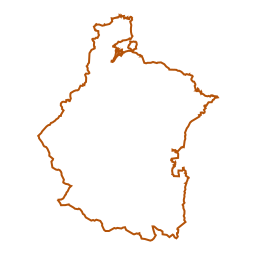 the district of Langkat, Sumatera Utara, Indonesia
{"feature_id": "22746128B45262154134474", "entity_name": "Langkat", "entity_type": "district", "adm_level": 2, "iso_a3": "IDN", "parent_name": "Indonesia", "parent_adm1": "Sumatera Utara", "projection": "mercator", "projection_center": [98.309, 3.76], "detail": "fine", "context": "isolated", "style": "outline", "palette": "amber", "viewbox_px": 256, "rotation_deg": 0, "n_neighbors": 0, "source": "geoboundaries", "source_scale": "gbopen_adm2", "svg_char_len": 5716}
<svg xmlns="http://www.w3.org/2000/svg" viewBox="0 0 256 256"><path d="M62.2,102.0L60.9,103.4L60.8,105.5L62.1,107.2L62.1,109.1L63.6,110.4L61.0,114.7L60.9,115.9L59.4,116.0L58.2,118.1L55.9,119.6L55.3,120.5L52.6,122.4L50.9,123.0L49.8,124.9L48.4,125.1L46.5,126.5L42.1,131.4L41.3,132.9L38.2,135.9L39.0,137.1L39.1,138.4L42.2,142.5L43.6,145.6L44.3,146.4L46.2,147.1L47.4,148.7L49.4,153.1L49.3,155.8L53.1,158.9L52.8,159.9L51.4,161.6L52.4,167.4L55.8,169.5L57.4,169.9L58.5,169.6L59.9,170.3L61.0,171.8L61.5,173.1L61.6,175.1L63.9,179.7L63.2,182.2L63.4,182.6L65.5,183.8L68.5,184.4L69.6,185.4L71.2,186.0L69.3,187.8L67.6,191.4L66.5,192.5L65.9,194.5L65.5,194.6L63.3,198.4L61.3,199.5L58.5,199.7L58.5,200.4L58.2,200.5L60.2,203.2L61.0,205.2L65.3,205.1L68.8,204.4L69.0,204.9L73.6,207.6L74.9,208.7L78.0,209.2L78.8,208.6L80.1,209.3L81.9,211.5L82.9,213.9L84.3,214.7L85.8,217.4L91.3,220.6L93.1,220.0L94.6,220.7L96.3,219.7L100.3,220.9L102.2,223.9L102.1,225.6L104.1,229.9L105.5,231.0L109.0,231.0L114.3,228.0L115.9,228.5L117.3,227.9L121.4,228.5L122.9,227.6L125.0,227.2L126.1,229.9L133.5,234.2L134.2,234.3L136.8,233.4L137.8,233.8L139.4,233.2L139.6,234.8L140.6,235.6L141.6,238.6L144.9,239.0L150.3,240.6L152.1,240.0L153.8,238.5L155.8,235.2L154.7,234.0L153.4,229.8L152.6,226.4L153.5,226.4L154.3,226.6L157.3,229.2L158.9,230.0L160.4,230.1L162.5,231.5L162.6,234.3L166.8,234.9L169.4,237.1L172.7,234.6L173.5,235.1L174.7,237.4L176.4,238.3L177.8,236.6L177.0,234.3L177.0,233.1L178.0,232.8L178.3,229.9L177.4,229.3L177.5,228.4L185.5,222.0L184.2,220.0L184.6,217.9L183.7,215.9L184.4,214.0L184.5,210.9L183.4,208.2L183.3,206.1L182.6,204.9L184.5,202.8L183.9,201.6L183.8,199.7L184.5,196.5L184.3,195.0L185.0,192.7L184.4,191.7L185.4,189.5L185.1,187.2L186.3,183.5L185.6,183.2L186.3,182.8L187.5,180.0L187.9,177.9L188.6,178.0L188.7,177.6L185.8,175.7L186.0,174.0L185.2,173.3L185.9,173.0L185.4,172.1L185.7,171.2L183.9,169.7L183.7,167.7L182.9,167.9L183.0,169.8L182.2,170.7L178.5,170.5L178.4,173.0L178.9,174.4L179.0,176.3L173.9,176.1L173.5,175.0L172.3,174.3L172.6,173.6L172.1,170.8L172.5,168.3L173.3,167.7L173.8,165.7L174.5,166.5L174.9,166.2L174.8,165.4L174.2,165.0L175.1,164.7L175.3,164.1L174.7,163.0L175.4,162.6L175.3,162.2L175.0,162.6L172.2,161.7L172.2,160.5L171.2,160.3L171.2,159.6L171.7,158.7L178.1,157.9L178.2,154.0L177.7,152.9L175.4,152.2L175.3,151.0L174.7,150.4L172.5,150.7L172.5,149.7L174.0,150.3L175.2,150.0L176.3,151.0L177.8,151.4L181.3,147.4L181.8,147.6L182.5,146.9L183.8,147.2L184.6,140.9L185.3,138.9L185.0,136.0L185.4,135.7L185.5,134.5L185.0,132.8L186.8,128.3L188.2,126.5L190.1,122.6L191.6,121.2L199.5,116.5L199.0,115.1L200.8,114.9L200.8,112.6L202.0,112.4L203.4,113.2L204.5,112.6L204.7,111.6L204.0,109.8L205.7,108.2L204.4,106.4L204.4,105.7L205.1,105.4L205.5,106.0L206.2,105.9L208.5,102.3L211.7,102.2L212.9,99.9L213.8,99.6L214.9,97.9L217.8,97.4L217.1,96.4L212.7,96.0L211.1,95.4L210.1,96.6L208.8,95.9L207.5,96.3L205.2,95.8L203.3,94.2L201.6,93.5L201.1,93.9L200.7,93.0L201.0,92.1L199.3,91.4L198.9,90.7L196.9,91.2L196.0,90.8L194.7,85.9L195.4,84.9L195.3,84.0L194.1,81.7L192.8,81.5L191.4,79.8L191.3,79.0L192.7,76.4L192.3,75.7L189.3,74.7L189.3,74.3L188.7,74.7L186.7,74.1L185.4,74.8L185.0,74.4L184.1,74.5L181.5,71.9L179.4,70.8L178.0,70.8L176.2,69.8L169.3,69.6L168.9,68.4L166.3,66.6L164.3,64.2L161.0,62.4L157.8,62.6L156.9,63.1L153.0,62.0L150.8,62.8L147.5,62.8L146.1,63.3L144.3,62.8L142.6,57.9L141.8,56.4L141.1,56.4L141.6,56.0L140.1,55.0L139.9,55.2L137.8,54.5L136.5,53.0L132.8,52.2L131.4,51.0L128.6,50.8L125.4,51.6L124.2,52.5L123.6,52.2L121.1,55.8L120.0,54.8L118.0,55.3L116.0,57.5L113.9,61.0L112.6,62.0L111.5,61.7L111.7,60.7L113.3,60.6L113.9,58.6L115.2,56.4L116.0,52.7L115.7,50.6L116.7,48.1L115.9,47.4L113.1,46.6L113.2,46.0L115.0,45.3L114.8,44.7L117.3,43.4L118.4,41.7L120.2,42.1L122.2,41.1L122.5,40.5L126.1,40.1L128.9,39.1L129.4,38.5L130.6,39.2L132.5,36.1L131.6,34.8L131.0,32.0L130.9,28.6L131.3,25.1L130.2,21.7L132.1,19.8L131.8,19.0L132.1,17.9L131.3,17.0L130.6,16.8L129.4,17.8L129.2,19.1L127.4,18.7L127.4,17.3L126.0,18.2L125.2,17.6L124.2,18.4L123.5,16.9L123.8,16.0L122.0,16.2L121.2,15.4L120.9,16.8L119.5,15.4L119.4,16.5L118.8,16.9L116.6,17.5L116.8,17.7L114.0,18.1L113.4,18.6L111.7,18.3L112.2,21.4L109.5,24.0L105.5,24.9L104.6,24.4L104.3,25.3L102.3,25.7L99.1,24.5L97.0,24.6L96.3,24.1L95.6,24.7L95.7,25.4L93.9,26.6L95.1,30.0L95.6,29.9L95.8,30.6L98.3,31.1L98.4,33.8L99.0,35.0L97.5,37.9L96.1,37.7L95.1,38.7L92.8,38.8L92.3,39.2L92.9,40.7L93.8,41.4L94.2,42.4L93.9,45.0L94.2,46.9L94.7,46.9L94.7,48.4L91.5,49.9L89.5,53.2L89.0,62.8L88.0,63.9L87.5,65.5L86.7,66.2L87.7,68.0L87.6,70.0L89.2,72.3L89.3,73.1L88.5,73.7L86.0,73.6L85.1,74.8L86.2,77.7L86.0,81.9L84.8,83.0L84.4,85.0L83.1,84.4L82.7,85.9L80.5,85.7L78.7,89.6L77.6,90.3L76.1,90.3L74.1,91.0L70.9,92.9L70.4,93.9L70.3,96.3L70.8,98.5L69.7,101.1L69.2,101.1L68.4,99.8L67.1,99.9L66.2,100.2L66.5,101.2L65.9,102.1L63.2,101.7L62.2,102.0ZM133.8,41.5L132.1,41.9L130.2,41.6L130.5,42.9L129.3,45.0L128.9,45.1L128.1,47.5L128.6,48.2L130.4,48.7L132.1,50.3L133.0,50.5L133.5,50.3L134.2,49.2L136.2,48.6L135.8,47.0L136.8,44.5L136.4,42.4L135.7,41.7L134.9,41.9L133.8,41.5ZM121.8,51.0L120.6,51.0L119.7,51.4L118.4,52.9L117.9,54.3L120.4,54.0L121.2,53.1L122.1,53.3L122.4,51.9L121.8,51.0ZM116.6,51.5L117.2,50.4L118.2,49.4L117.9,48.4L116.9,48.8L116.3,50.1L116.1,50.7L116.6,51.5ZM198.6,90.3L198.6,89.4L197.8,88.6L197.3,89.8L196.1,90.6L197.8,90.8L198.6,90.3ZM122.0,49.6L121.4,49.7L120.4,50.8L121.9,50.8L122.0,49.6ZM118.4,49.9L117.3,50.5L117.4,51.0L118.1,50.5L118.4,49.9ZM119.4,50.8L119.7,50.1L118.8,51.3L119.3,51.2L119.6,50.6L119.4,50.8ZM121.2,54.4L121.5,53.9L121.2,53.4L120.8,54.3L121.2,54.4ZM212.7,95.5L212.7,95.9L213.5,95.9L213.3,95.7L212.7,95.5ZM201.0,92.8L201.4,92.0L201.2,91.6L201.1,91.8L201.0,92.8Z" fill="none" stroke="#b45309" stroke-width="2"/></svg>